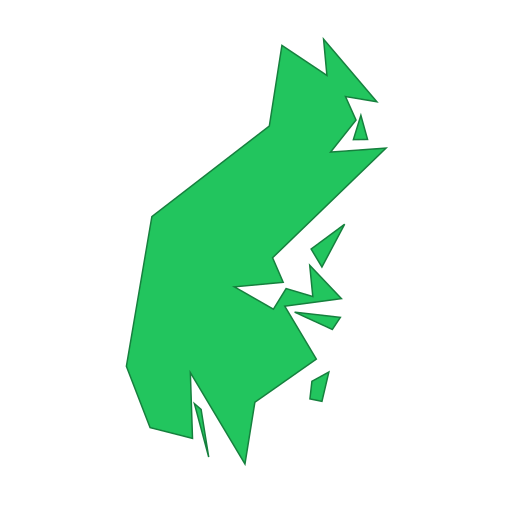 the County of Stockholm, rotated 350°
{"feature_id": "SWE-194", "entity_name": "Stockholm", "entity_type": "County", "adm_level": 1, "iso_a3": "SWE", "parent_name": "Sweden", "parent_adm1": "", "projection": "albers", "projection_center": [18.361, 59.539], "detail": "coarse", "context": "isolated", "style": "filled", "palette": "green", "viewbox_px": 512, "rotation_deg": 350, "n_neighbors": 0, "source": "natural_earth", "source_scale": "10m", "svg_char_len": 748}
<svg xmlns="http://www.w3.org/2000/svg" viewBox="0 0 512 512"><g transform="rotate(350 256 256)"><path d="M318.1,53.1L357.2,90.5L360.2,54.2L401.8,125.1L371.8,114.5L378.1,139.5L347.5,166.6L402.8,172.3L272.0,260.6L278.2,286.6L229.3,282.6L263.9,311.4L280.0,293.3L304.9,305.8L307.3,274.5L332.7,312.8L275.6,310.4L297.5,368.0L229.5,399.8L209.0,458.9L171.1,359.4L161.8,424.6L121.9,406.6L109.2,342.1L160.3,199.1L291.7,130.3L318.1,53.1ZM348.8,240.1L319.0,278.3L311.5,258.7L348.8,240.1ZM175.3,397.6L174.5,445.8L169.7,390.7L175.3,397.6ZM307.6,382.9L295.7,410.6L284.3,406.1L289.3,389.1L307.6,382.9ZM318.4,341.6L284.3,318.0L328.4,331.1L318.4,341.6ZM383.7,135.7L386.1,160.6L372.1,158.3L383.7,135.7Z" fill="#22c55e" stroke="#15803d" stroke-width="1.5"/></g></svg>